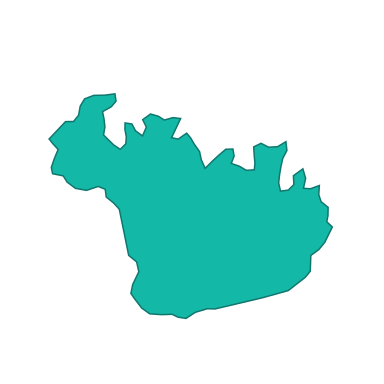 the district of São Miguel da Boa Vista, Santa Catarina, Brazil, rotated 64°
{"feature_id": "56859067B14006103520237", "entity_name": "São Miguel da Boa Vista", "entity_type": "district", "adm_level": 2, "iso_a3": "BRA", "parent_name": "Brazil", "parent_adm1": "Santa Catarina", "projection": "natural_earth1", "projection_center": [-53.256, -26.687], "detail": "fine", "context": "isolated", "style": "filled", "palette": "teal", "viewbox_px": 384, "rotation_deg": 64, "n_neighbors": 0, "source": "geoboundaries", "source_scale": "gbopen_adm2", "svg_char_len": 1527}
<svg xmlns="http://www.w3.org/2000/svg" viewBox="0 0 384 384"><g transform="rotate(64 192 192)"><path d="M114.5,309.3L121.0,300.7L128.3,299.9L137.6,295.2L144.3,286.1L145.9,273.9L151.5,268.8L158.9,271.3L167.4,267.3L175.6,264.9L200.4,271.3L221.2,276.7L230.6,272.4L240.4,274.8L249.1,285.8L256.4,291.4L262.8,290.4L274.3,288.1L283.0,283.4L288.9,273.1L293.2,263.5L298.4,259.4L303.0,252.8L301.6,241.8L303.6,229.5L307.2,222.6L318.0,174.7L322.8,148.7L318.3,127.5L315.0,120.4L301.1,113.0L299.3,103.1L295.5,94.8L290.3,88.1L285.0,81.2L277.8,83.9L272.9,80.2L265.5,76.4L257.3,80.2L249.9,79.2L242.0,74.7L241.0,84.2L237.5,90.2L229.6,83.9L219.8,82.2L221.8,93.7L230.0,97.2L232.5,104.6L230.0,112.1L221.8,110.1L215.0,105.8L208.4,101.1L201.6,95.7L196.3,88.5L187.9,85.5L188.8,95.2L185.3,103.5L178.5,108.6L178.5,116.8L187.3,120.4L193.5,122.7L199.4,126.3L196.3,133.7L189.6,138.1L183.6,144.2L178.2,138.4L171.3,136.4L168.4,142.9L170.7,151.9L172.9,159.2L176.5,169.8L167.1,169.5L159.0,167.5L149.8,169.0L142.9,169.5L136.8,171.0L138.4,181.3L134.2,186.5L127.2,177.8L121.0,170.0L116.8,176.5L115.2,185.3L109.1,189.1L103.7,195.1L105.4,204.6L113.6,204.6L119.9,211.9L112.3,215.9L104.5,216.2L100.6,221.9L106.4,224.9L113.5,226.8L119.7,230.4L122.2,237.8L115.3,241.8L109.1,244.0L102.0,246.5L95.4,241.8L87.6,239.0L80.6,237.2L80.0,227.2L77.1,220.5L70.0,218.2L66.7,228.0L62.1,237.9L61.2,247.7L65.8,254.8L73.3,260.3L76.7,267.6L73.3,274.8L81.7,297.2L87.6,295.9L95.1,293.7L102.0,301.5L108.3,307.7L114.5,309.3Z" fill="#14b8a6" stroke="#0f766e" stroke-width="1.5"/></g></svg>